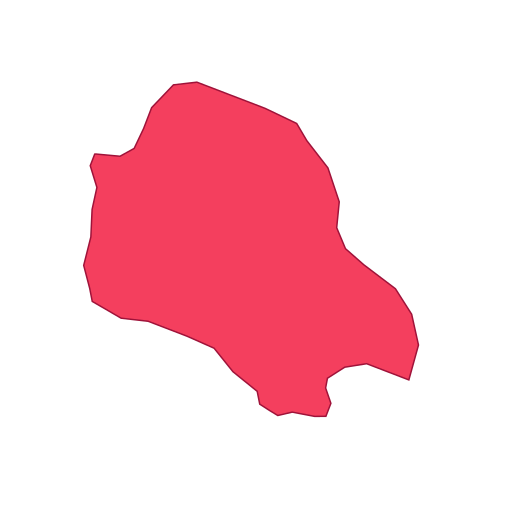 an SVG outline of Oslomej, rotated 291°
{"feature_id": "MKD-2956", "entity_name": "Oslomej", "entity_type": "Statistical Region", "adm_level": 1, "iso_a3": "MKD", "parent_name": "North Macedonia", "parent_adm1": "", "projection": "natural_earth1", "projection_center": [21.026, 41.576], "detail": "fine", "context": "isolated", "style": "filled", "palette": "rose", "viewbox_px": 512, "rotation_deg": 291, "n_neighbors": 0, "source": "natural_earth", "source_scale": "10m", "svg_char_len": 738}
<svg xmlns="http://www.w3.org/2000/svg" viewBox="0 0 512 512"><g transform="rotate(291 256 256)"><path d="M293.8,69.9L300.4,93.3L312.8,103.7L334.8,105.4L357.1,105.4L386.2,117.6L397.1,138.5L397.1,171.6L397.1,211.6L394.3,246.5L381.9,262.1L364.0,291.6L336.4,314.3L311.3,321.2L294.9,336.9L286.5,359.6L275.4,397.9L257.4,422.2L231.1,439.6L195.1,443.1L195.1,418.8L195.1,397.9L184.0,378.7L167.5,366.5L157.7,368.3L145.3,378.7L131.4,378.7L127.3,368.3L123.2,345.7L114.9,333.5L116.6,324.2L119.0,312.6L130.1,305.6L139.7,276.0L154.9,249.9L156.4,220.3L156.4,178.6L149.6,152.4L153.2,130.1L154.9,119.4L166.1,112.4L185.5,98.5L214.6,95.0L240.7,86.3L263.0,82.9L280.9,68.9L293.3,68.9L293.8,69.9Z" fill="#f43f5e" stroke="#9f1239" stroke-width="1.5"/></g></svg>